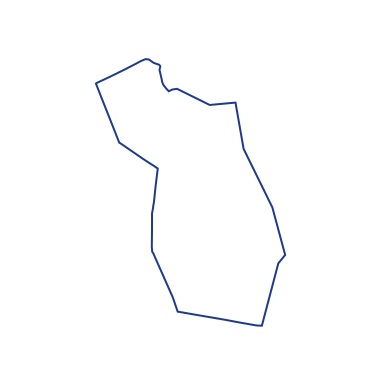 O'lgii, Bayan-Ölgiy, Mongolia, rotated 226°
{"feature_id": "93677404B46106272349801", "entity_name": "O'lgii", "entity_type": "district", "adm_level": 2, "iso_a3": "MNG", "parent_name": "Mongolia", "parent_adm1": "Bayan-Ölgiy", "projection": "equal_earth", "projection_center": [89.995, 48.98], "detail": "fine", "context": "isolated", "style": "outline", "palette": "blue", "viewbox_px": 384, "rotation_deg": 226, "n_neighbors": 0, "source": "geoboundaries", "source_scale": "gbopen_adm2", "svg_char_len": 878}
<svg xmlns="http://www.w3.org/2000/svg" viewBox="0 0 384 384"><g transform="rotate(226 192 192)"><path d="M115.9,98.6L100.4,109.9L77.4,126.8L63.5,136.7L50.8,146.0L47.3,149.4L80.7,204.5L82.0,215.3L125.1,239.1L187.2,259.1L226.1,285.4L242.3,265.2L276.6,252.9L279.4,249.0L280.6,245.3L284.4,245.3L289.3,245.9L292.1,247.1L293.8,248.3L302.5,253.5L304.0,256.0L304.9,256.7L306.6,256.7L308.7,255.5L311.7,254.1L314.8,253.5L317.3,253.0L319.9,250.8L321.8,245.9L323.2,240.9L326.3,230.5L327.5,226.7L332.0,212.7L336.6,199.3L336.7,198.2L322.5,192.3L307.2,186.0L291.9,179.7L278.0,173.9L276.9,174.3L262.5,177.2L249.8,179.8L240.4,181.9L237.5,182.7L235.4,183.1L232.7,183.7L222.0,170.5L211.0,157.4L208.5,153.9L208.1,153.6L204.3,148.3L198.8,143.0L192.2,136.6L180.6,125.1L176.7,121.9L174.6,121.5L170.6,120.0L143.0,109.9L129.8,105.1L115.9,98.6Z" fill="none" stroke="#1e3a8a" stroke-width="2"/></g></svg>